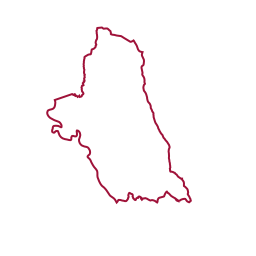 Toro, Valle del Cauca, Colombia, rotated 140°
{"feature_id": "7082276B37830397780712", "entity_name": "Toro", "entity_type": "district", "adm_level": 2, "iso_a3": "COL", "parent_name": "Colombia", "parent_adm1": "Valle del Cauca", "projection": "equal_earth", "projection_center": [-76.078, 4.647], "detail": "fine", "context": "isolated", "style": "outline", "palette": "rose", "viewbox_px": 256, "rotation_deg": 140, "n_neighbors": 0, "source": "geoboundaries", "source_scale": "gbopen_adm2", "svg_char_len": 5848}
<svg xmlns="http://www.w3.org/2000/svg" viewBox="0 0 256 256"><g transform="rotate(140 128 128)"><path d="M126.6,32.0L125.7,33.9L125.7,34.5L125.2,36.0L124.9,38.4L124.7,39.0L123.4,39.9L122.5,41.4L121.9,42.7L121.8,43.4L122.0,46.1L122.4,47.6L121.7,48.5L120.8,49.5L120.0,50.8L119.8,51.8L119.7,53.7L119.6,54.0L119.1,54.5L119.3,54.7L119.9,55.0L120.0,55.2L120.2,56.0L120.9,58.5L120.7,61.2L121.1,62.3L121.0,63.7L121.6,64.5L121.8,65.3L122.9,66.8L123.4,67.1L123.5,67.5L122.9,68.7L122.0,69.8L122.0,70.0L120.8,70.7L120.4,71.5L120.0,71.9L119.4,73.0L118.5,74.2L117.7,75.9L117.0,76.8L116.0,78.7L114.7,80.0L112.9,82.4L112.0,83.9L110.3,85.5L109.4,85.9L108.4,86.6L108.1,87.2L107.5,88.6L107.0,92.3L107.1,94.5L106.9,96.2L107.0,97.5L107.0,97.8L106.1,100.5L106.2,102.1L106.1,103.3L105.9,104.3L105.8,105.3L105.5,106.0L105.0,108.4L104.5,109.3L104.2,110.4L103.9,112.0L103.7,113.7L103.6,114.4L103.1,115.8L101.4,119.8L100.4,121.1L99.9,122.0L99.1,122.8L98.9,123.2L98.8,123.7L98.8,124.5L98.7,125.2L98.2,126.4L97.7,128.6L97.4,129.1L96.5,130.2L95.9,131.8L95.7,132.8L95.8,134.8L95.5,136.1L94.5,138.1L93.7,139.2L92.5,141.9L92.1,143.1L91.9,144.3L91.8,146.4L90.4,148.9L89.6,149.7L88.2,150.7L87.8,150.8L87.0,150.8L86.5,151.1L86.3,151.8L85.9,152.6L84.6,154.0L83.6,155.6L83.1,157.4L83.0,158.9L82.7,159.7L82.5,160.1L81.6,160.7L81.3,161.1L79.0,165.4L78.3,166.1L77.6,166.4L76.1,166.3L75.6,166.4L74.9,166.9L73.0,168.7L72.3,169.6L71.9,170.3L70.8,174.4L70.3,175.2L69.7,175.7L68.1,176.8L68.6,177.3L69.7,179.1L69.9,179.7L69.9,180.8L69.7,182.0L68.5,185.1L68.1,187.0L67.9,188.8L67.5,190.8L67.5,191.5L68.6,191.6L70.2,192.1L70.5,192.3L70.8,192.6L73.2,199.6L74.1,202.5L74.4,203.0L77.2,206.1L78.7,208.2L79.8,209.3L80.7,210.6L80.7,211.0L79.9,212.0L79.2,213.5L79.5,215.0L79.6,216.4L79.8,217.1L79.9,217.5L80.9,218.4L82.8,219.7L83.1,220.4L83.3,221.5L83.5,221.8L86.0,223.5L87.0,224.2L87.4,224.3L88.4,223.2L89.7,222.7L90.5,221.3L91.0,220.9L91.6,219.7L92.9,217.8L93.8,216.8L95.0,215.9L95.5,215.9L96.9,215.1L97.8,214.3L98.1,214.0L98.4,213.2L98.7,212.2L98.8,212.1L99.7,212.0L100.6,211.0L101.5,210.8L102.8,210.7L103.5,210.8L105.3,211.4L106.0,210.9L107.8,209.3L109.1,208.5L109.8,208.8L110.4,209.3L111.6,209.8L114.7,210.3L115.7,210.3L115.9,210.2L116.4,209.4L117.5,208.7L118.0,208.2L119.1,207.3L120.0,206.2L120.8,205.6L121.2,205.1L121.7,204.2L122.5,203.6L122.8,202.8L123.6,201.8L123.9,200.8L125.9,199.0L126.3,198.2L126.6,197.9L126.9,196.5L127.5,196.4L128.7,194.5L129.4,194.4L130.0,193.9L130.3,193.2L130.5,193.1L130.7,192.9L130.8,192.2L131.0,192.0L131.6,191.7L132.0,192.0L132.3,191.5L133.3,191.5L133.8,191.4L134.0,190.4L134.5,190.0L134.6,189.4L135.0,189.4L135.7,189.9L136.1,189.9L136.5,189.7L137.1,189.1L137.6,188.9L138.0,187.9L138.7,187.3L138.9,186.8L139.6,185.7L139.7,185.3L139.6,184.5L139.7,183.9L139.8,183.5L140.1,182.9L140.7,182.7L142.3,182.7L143.1,182.1L143.7,182.2L145.0,182.8L144.7,183.9L145.0,183.8L145.3,184.0L146.6,184.2L146.5,184.7L146.7,185.8L147.4,186.2L147.7,186.3L147.8,187.0L147.2,187.0L147.0,187.8L147.0,188.1L147.3,188.3L147.8,188.3L148.2,187.9L148.7,188.6L148.7,189.0L149.0,189.9L166.1,196.5L166.9,194.8L167.4,194.1L169.2,192.4L170.6,191.4L171.9,191.0L173.4,191.0L175.0,191.7L176.4,192.4L177.9,192.8L178.5,192.7L179.8,191.9L180.3,191.3L180.7,190.7L181.0,189.9L181.3,188.2L181.3,187.4L181.1,185.7L179.7,182.1L179.2,181.0L177.2,177.5L176.8,176.6L176.7,175.5L176.8,174.5L177.0,173.4L177.2,172.8L178.1,171.7L178.3,171.5L178.8,171.6L180.1,174.4L181.8,176.1L183.4,177.2L184.1,177.3L184.7,177.1L185.2,176.8L186.1,175.9L187.5,175.1L188.1,174.4L188.4,174.0L188.5,173.7L188.4,173.2L188.1,172.4L187.8,172.1L187.3,171.8L186.9,171.8L186.4,172.0L185.1,171.9L184.3,171.4L183.8,170.8L183.7,170.6L185.0,166.8L185.2,165.8L185.2,163.9L185.0,163.2L184.7,162.1L183.6,160.2L182.2,158.5L180.8,156.6L180.0,155.8L179.7,155.6L179.1,155.6L178.6,155.9L177.6,157.1L177.1,157.4L176.2,157.8L175.9,157.7L175.6,157.6L175.0,157.1L174.4,156.1L173.5,155.2L173.1,155.0L172.1,155.1L171.6,155.5L170.7,156.5L169.4,158.5L168.8,158.9L168.5,158.7L168.0,158.0L167.9,157.6L167.8,156.8L167.9,155.7L168.2,154.8L169.0,153.4L169.5,152.9L170.6,152.1L172.9,150.7L173.3,150.2L173.9,149.4L174.6,147.7L174.7,146.9L174.8,146.1L174.7,145.0L174.5,144.1L173.3,141.9L171.8,140.0L171.3,138.9L171.2,138.0L171.5,136.1L171.7,135.3L172.2,134.4L172.7,133.7L173.3,133.1L174.3,132.5L174.7,132.4L175.0,132.5L176.0,132.5L177.0,132.3L177.4,132.0L177.6,131.5L177.6,131.0L177.3,129.0L177.4,128.1L177.5,127.2L178.1,125.4L178.7,122.4L179.0,120.2L179.0,116.7L179.3,114.9L179.7,114.2L180.2,113.4L182.2,111.0L183.0,109.7L184.3,105.9L184.9,103.4L185.1,101.9L185.1,100.2L184.6,97.7L184.5,95.2L184.6,93.6L185.2,88.1L185.1,87.2L184.1,83.4L184.0,82.1L184.0,81.4L184.6,78.2L183.7,78.3L181.6,79.0L181.2,78.8L180.0,77.6L179.1,76.2L178.2,75.2L177.3,73.9L176.5,73.3L176.0,73.2L173.9,73.6L173.3,74.0L173.1,74.3L172.5,74.4L172.0,74.7L171.5,75.3L171.1,76.2L170.6,76.6L169.2,77.4L168.7,77.4L168.3,76.8L167.9,75.5L167.3,74.6L167.3,74.1L167.4,73.8L167.8,73.1L168.6,72.5L168.7,71.6L169.2,70.7L169.0,69.9L169.1,69.2L168.8,68.2L168.4,68.0L168.2,68.0L167.5,68.4L166.8,68.7L165.9,68.6L165.0,67.9L164.8,68.0L164.6,68.4L164.4,68.6L164.0,68.6L163.3,68.2L162.9,67.4L162.7,66.4L163.3,65.7L163.5,65.2L163.3,64.5L163.4,64.1L163.0,64.1L162.3,64.7L161.8,64.5L161.3,63.9L159.9,63.2L159.0,61.8L158.2,59.6L157.5,58.1L156.4,57.6L155.7,57.1L155.3,56.6L154.7,55.7L154.2,54.7L153.7,52.5L153.5,52.2L152.7,52.6L152.1,53.3L151.6,53.7L150.5,54.3L149.9,54.5L149.2,54.5L148.8,54.4L144.7,52.5L144.2,52.5L142.6,53.4L141.5,53.9L140.1,54.3L139.4,54.4L139.1,54.3L139.2,52.5L138.9,52.1L138.8,51.5L138.6,48.2L137.8,45.7L137.0,43.7L137.3,42.6L137.3,41.2L137.0,40.5L136.7,40.0L136.4,41.0L136.2,40.2L135.8,39.6L135.0,39.1L133.6,39.0L132.1,38.5L130.8,37.8L130.2,37.4L129.7,36.8L129.7,35.5L129.8,34.9L129.8,33.8L129.2,32.3L128.9,31.8L128.6,31.7L126.8,32.1L126.6,32.0Z" fill="none" stroke="#9f1239" stroke-width="2"/></g></svg>